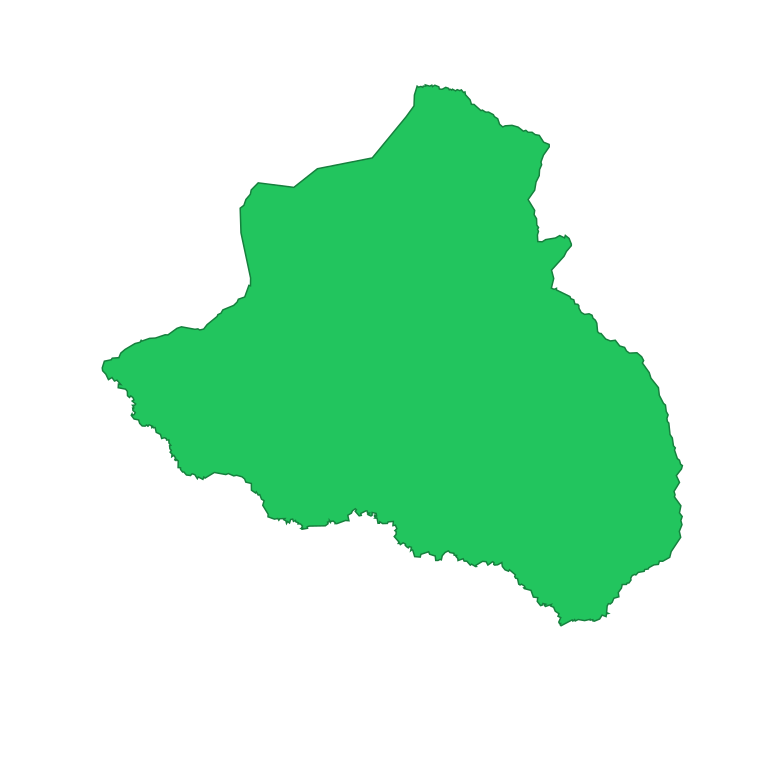 the district of Mungwi, Muchinga, Zambia, rotated 76°
{"feature_id": "96606910B23171864038647", "entity_name": "Mungwi", "entity_type": "district", "adm_level": 2, "iso_a3": "ZMB", "parent_name": "Zambia", "parent_adm1": "Muchinga", "projection": "mercator", "projection_center": [31.716, -9.991], "detail": "fine", "context": "isolated", "style": "filled", "palette": "green", "viewbox_px": 768, "rotation_deg": 76, "n_neighbors": 0, "source": "geoboundaries", "source_scale": "gbopen_adm2", "svg_char_len": 6170}
<svg xmlns="http://www.w3.org/2000/svg" viewBox="0 0 768 768"><g transform="rotate(76 384 384)"><path d="M661.4,270.7L658.4,258.5L659.7,258.1L658.7,256.0L660.2,255.8L659.5,252.5L662.1,246.6L662.2,240.9L663.0,241.0L663.2,238.4L664.4,238.6L665.0,237.2L664.2,231.6L661.0,228.3L663.4,224.8L660.8,223.7L660.9,221.8L659.6,223.3L653.4,221.2L651.4,219.4L652.2,217.7L651.0,215.4L647.5,212.8L647.3,207.6L643.0,207.1L639.5,203.0L636.2,201.4L637.1,197.2L636.0,196.3L636.3,194.5L634.0,191.8L631.9,191.5L629.9,189.5L629.4,187.1L630.2,185.8L628.3,182.9L628.7,176.9L627.1,176.0L627.4,172.3L626.3,171.5L624.8,165.9L625.4,161.4L622.5,159.6L623.4,156.4L621.3,148.7L616.1,145.9L604.5,133.2L598.4,133.1L592.6,128.9L588.3,129.0L584.7,126.7L580.5,128.5L574.0,125.4L563.8,129.5L561.9,128.4L558.4,128.6L551.0,121.1L543.6,122.5L538.4,115.9L535.3,114.2L533.7,115.6L529.4,115.8L527.3,117.4L518.3,118.1L516.5,116.8L514.0,118.1L506.1,117.3L502.2,118.7L490.8,117.1L488.9,118.1L485.8,117.8L482.7,115.8L478.9,116.8L472.5,116.0L470.4,117.5L461.6,119.6L453.9,118.6L442.9,123.6L437.1,123.9L426.2,128.2L424.1,126.4L419.9,127.4L414.9,131.0L413.4,138.4L410.6,140.7L406.7,141.7L404.1,146.1L397.5,149.0L397.0,153.9L394.0,158.0L387.5,161.2L387.1,162.7L384.9,164.1L376.5,162.8L373.2,163.5L370.7,165.3L367.6,165.5L365.5,168.0L365.0,172.5L362.3,175.3L357.7,176.5L355.1,176.0L353.6,176.7L352.5,179.4L348.2,179.5L346.4,182.1L344.2,182.4L334.5,193.9L332.9,193.5L333.3,196.1L331.4,198.4L322.7,193.8L314.0,193.9L303.6,178.4L299.5,174.9L295.1,168.8L293.6,168.4L287.5,169.2L283.7,172.1L285.9,173.5L282.5,177.6L283.8,182.3L283.0,192.2L284.3,196.1L283.0,200.3L276.5,199.1L273.3,197.2L271.0,197.6L269.6,196.2L266.8,197.3L260.5,196.0L256.0,197.4L252.0,195.8L239.9,199.6L232.4,190.9L224.8,187.6L219.4,183.0L213.6,181.2L209.4,178.0L206.6,178.0L200.5,173.9L193.9,166.3L191.5,165.8L188.0,170.6L180.3,173.2L178.6,177.0L175.6,179.4L174.6,183.3L172.2,185.0L172.4,187.6L167.2,191.7L164.0,197.2L162.8,204.0L163.3,206.6L160.0,209.0L154.1,209.5L151.3,212.2L149.2,212.7L145.5,216.7L144.8,219.6L142.0,222.3L142.2,223.8L134.5,229.0L133.8,231.5L129.2,231.7L123.0,235.0L120.2,234.8L120.4,236.3L117.3,237.8L117.7,239.5L116.1,241.8L116.9,243.6L114.5,246.3L115.2,247.2L114.0,248.5L114.3,249.5L112.7,249.9L111.1,252.3L112.1,256.3L111.2,258.9L108.9,258.9L106.4,262.4L107.2,265.0L105.6,265.3L106.1,267.6L103.8,271.5L105.0,271.5L104.5,273.9L105.5,274.6L104.2,276.2L104.4,278.6L103.0,279.8L111.0,284.6L121.4,287.6L130.0,297.8L161.8,340.7L159.0,396.5L171.4,423.9L158.4,457.4L163.6,465.9L167.6,467.8L171.5,473.3L176.7,476.7L178.6,481.0L202.7,486.2L248.9,487.8L256.4,489.8L255.6,491.2L265.9,498.1L266.5,504.8L269.0,506.7L271.4,510.9L273.1,522.4L275.9,525.1L276.5,528.4L278.1,529.6L283.6,541.3L287.1,545.7L287.0,549.8L285.5,551.2L285.2,554.2L279.5,566.7L279.9,571.4L284.1,581.8L283.3,584.5L284.1,594.8L283.0,600.4L283.8,608.7L282.9,609.1L284.5,610.6L284.5,615.8L287.8,626.8L290.3,631.9L294.3,634.9L293.2,641.4L294.5,642.9L294.2,649.8L300.2,653.5L303.1,653.8L307.2,651.5L313.1,650.3L311.9,646.4L315.9,644.8L315.7,642.2L320.8,639.5L319.8,641.7L323.3,642.8L326.5,636.0L329.0,634.8L333.3,635.7L335.5,634.2L334.3,632.6L336.4,630.9L339.0,630.5L339.6,632.5L343.3,629.8L344.2,631.0L343.8,633.2L345.9,632.4L347.1,632.9L346.6,633.7L349.0,634.0L351.5,632.2L353.2,633.9L353.5,635.6L352.0,635.7L353.2,636.8L357.5,635.0L359.5,630.8L363.1,630.6L366.2,628.8L367.1,625.9L366.3,624.4L368.3,622.9L367.1,623.1L366.9,621.6L368.3,619.7L370.0,619.8L369.3,618.7L370.7,618.4L370.9,616.6L375.8,616.7L378.8,613.1L383.1,612.9L383.0,610.1L384.2,608.5L385.8,608.5L386.2,606.3L389.3,606.9L391.9,605.7L392.0,607.0L395.1,607.4L396.9,606.4L398.4,608.0L400.8,606.6L403.2,607.5L402.4,605.2L405.3,604.2L406.9,605.4L407.9,604.4L407.1,603.6L408.9,602.3L415.3,604.0L416.1,601.7L417.8,602.1L420.7,600.7L420.9,599.5L424.5,597.7L426.0,593.9L424.7,591.9L426.2,589.5L430.7,588.0L429.3,586.7L432.7,582.8L430.7,581.3L432.0,580.4L428.8,570.0L433.6,559.4L433.2,556.7L436.8,552.0L436.9,549.1L439.7,544.2L442.4,542.2L445.8,541.8L448.4,536.8L455.0,538.3L458.7,535.0L457.8,534.0L461.3,532.9L461.3,531.3L466.1,530.7L468.2,528.6L472.4,531.0L482.3,527.9L484.8,528.7L488.6,523.0L488.8,519.6L490.7,519.0L489.5,517.7L490.6,512.7L491.5,514.0L493.0,512.3L495.7,512.3L494.1,510.8L496.0,509.3L492.9,507.4L493.0,505.3L495.4,505.1L495.0,502.9L496.4,502.9L497.9,500.7L498.9,501.3L499.6,498.9L502.0,497.5L503.3,498.5L504.4,497.6L504.2,499.4L505.1,498.7L505.5,493.1L503.9,493.0L503.8,490.9L507.4,475.2L506.0,472.1L504.4,472.2L504.5,470.4L503.0,470.0L505.2,469.3L504.4,468.9L504.7,466.4L506.8,464.9L507.6,465.3L508.1,463.6L507.1,454.4L508.2,451.1L502.6,450.9L501.4,446.8L499.4,445.3L498.1,442.0L499.4,441.2L500.6,442.7L505.9,440.0L506.0,437.8L504.0,437.9L502.7,432.1L503.2,431.1L505.3,431.2L505.7,429.5L506.8,431.2L508.9,428.6L508.5,427.3L505.8,426.6L507.7,422.9L509.4,423.0L508.9,425.0L510.1,425.2L510.7,423.7L511.8,425.4L512.6,423.2L517.7,423.5L518.0,422.1L516.6,421.4L519.1,419.1L520.1,414.5L518.8,413.3L519.6,408.2L523.6,409.6L523.8,407.1L527.5,406.5L528.9,408.9L530.0,407.9L532.8,408.6L534.5,411.0L541.0,407.7L542.1,408.7L542.4,407.3L543.8,407.0L542.7,403.8L544.6,401.9L545.8,402.4L548.2,400.8L548.9,399.9L547.8,398.8L549.1,396.9L552.2,398.4L551.5,396.9L552.3,396.3L558.9,396.0L560.7,390.7L558.2,389.4L557.6,381.3L560.2,380.9L563.3,375.9L567.7,376.5L568.3,374.3L567.7,372.1L568.5,370.9L564.7,369.0L562.2,365.4L561.5,361.9L563.5,360.8L565.2,357.1L567.0,357.4L567.9,355.1L568.7,355.9L571.1,354.6L573.2,354.9L572.7,349.5L575.2,349.1L576.0,346.5L580.6,344.1L580.0,342.6L583.3,339.3L583.4,338.4L582.2,338.9L579.9,331.3L581.1,327.9L584.8,327.0L582.7,321.6L583.9,320.5L585.6,321.2L586.5,320.4L586.9,317.4L585.7,312.9L589.7,313.3L593.6,311.5L595.8,308.4L594.6,307.2L600.9,302.7L602.5,303.8L604.3,303.2L605.2,301.5L610.8,301.7L611.9,300.6L611.5,299.0L613.9,296.7L615.7,296.4L615.6,297.7L616.5,297.3L619.8,291.3L626.9,290.6L628.5,286.5L632.0,287.9L636.9,285.7L636.9,284.1L635.4,282.9L636.8,280.3L637.3,282.0L638.9,281.2L638.4,274.9L639.7,276.0L641.7,273.4L645.9,272.8L649.2,269.8L651.5,271.4L653.4,269.0L657.3,272.0L658.8,271.7L659.1,270.5L660.3,271.3L661.4,270.7Z" fill="#22c55e" stroke="#15803d" stroke-width="1.5"/></g></svg>